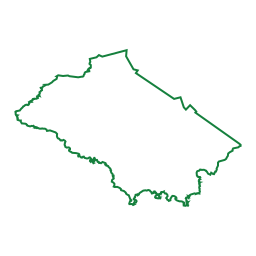 outline of Municipality A, Montevideo, Uruguay
{"feature_id": "84410073B77317438071438", "entity_name": "Municipality A", "entity_type": "district", "adm_level": 2, "iso_a3": "URY", "parent_name": "Uruguay", "parent_adm1": "Montevideo", "projection": "albers", "projection_center": [-56.335, -34.842], "detail": "fine", "context": "isolated", "style": "outline", "palette": "green", "viewbox_px": 256, "rotation_deg": 0, "n_neighbors": 0, "source": "geoboundaries", "source_scale": "gbopen_adm2", "svg_char_len": 5819}
<svg xmlns="http://www.w3.org/2000/svg" viewBox="0 0 256 256"><path d="M98.9,55.1L96.5,57.3L89.8,58.9L90.3,61.9L89.6,63.2L89.5,63.9L90.8,65.0L90.8,67.5L90.5,68.0L89.6,68.0L88.5,68.8L87.8,70.0L89.2,70.3L89.2,70.7L88.9,70.9L89.1,71.3L85.6,72.0L84.8,72.6L84.5,74.1L84.0,74.5L83.5,76.1L82.7,76.7L81.6,76.7L78.2,77.3L69.4,76.2L68.0,75.5L63.0,76.0L58.2,75.3L56.6,76.3L57.2,76.5L56.6,78.9L53.3,80.9L52.0,82.3L48.3,84.6L45.2,84.8L45.7,85.1L43.7,86.2L43.0,86.4L42.3,87.7L40.9,87.7L40.7,87.8L40.9,88.2L41.8,88.8L42.0,90.2L40.9,90.8L40.6,91.5L39.5,92.2L39.8,93.5L39.3,94.2L39.4,95.0L39.0,95.0L39.3,95.6L38.9,95.4L38.1,96.0L38.4,96.4L38.1,96.7L36.4,95.9L37.7,97.0L37.7,97.4L37.5,97.5L37.7,97.9L37.3,98.0L37.4,98.3L36.1,98.8L34.3,98.7L34.2,99.0L32.9,99.0L32.5,99.5L32.6,100.3L32.3,100.7L31.8,100.7L31.6,101.2L31.1,100.9L30.5,101.1L29.8,101.6L30.3,101.9L29.5,101.9L29.0,102.1L29.4,103.1L29.0,103.5L29.0,104.0L28.6,104.2L28.6,104.7L28.0,105.1L26.3,104.7L25.0,105.2L24.2,106.0L23.1,106.5L22.8,107.2L21.1,108.8L19.8,110.5L16.2,111.2L15.4,111.8L15.4,112.0L15.8,112.3L15.6,114.0L16.0,115.0L17.6,115.3L16.8,116.0L16.8,116.5L17.4,117.0L17.3,117.7L17.8,118.1L17.8,118.8L17.4,119.1L17.6,119.9L19.7,120.5L20.8,120.5L20.7,121.5L21.8,123.4L25.3,123.7L26.3,124.1L26.7,124.9L27.1,125.0L27.2,125.5L27.8,125.8L30.1,126.4L31.6,125.9L32.5,126.1L32.3,126.3L33.5,125.8L34.3,126.8L35.3,127.0L34.9,127.4L35.3,127.4L35.3,127.8L36.0,127.6L36.3,127.9L37.1,127.7L37.2,128.1L38.1,128.0L39.3,128.6L41.2,128.7L42.1,128.4L43.0,128.7L45.0,128.7L46.5,129.6L47.0,130.9L50.0,130.4L55.6,132.4L57.1,133.9L56.9,136.0L57.3,137.4L57.9,138.3L59.2,138.8L60.5,140.4L61.2,140.2L62.0,140.6L63.5,139.9L65.0,140.8L65.5,141.6L64.8,143.1L64.9,143.7L64.6,144.4L64.8,145.4L65.1,145.7L65.3,146.8L66.6,147.6L68.8,147.4L70.0,148.4L70.0,149.3L69.0,150.1L69.1,150.8L70.4,151.7L71.3,152.0L72.2,152.8L76.1,153.1L78.8,153.8L79.3,154.4L79.2,155.0L78.6,155.3L78.1,155.9L78.4,156.5L79.9,156.3L80.6,156.7L81.0,157.4L81.7,157.6L82.4,157.5L82.8,156.8L83.8,156.6L84.7,157.9L87.0,158.5L88.4,158.2L89.4,157.4L90.1,157.5L91.4,159.2L90.8,159.3L90.1,160.1L90.0,160.7L90.3,160.8L90.1,161.2L90.7,161.8L91.3,160.9L91.9,160.8L93.4,163.2L93.8,163.0L93.3,162.7L92.0,160.8L92.7,160.5L93.0,161.2L93.3,161.1L93.1,160.0L93.4,160.0L93.7,161.0L94.0,161.0L93.5,159.2L94.2,157.9L94.5,157.9L95.0,159.1L95.6,159.6L95.3,159.8L96.0,160.2L97.0,160.0L97.7,161.9L98.6,161.9L99.4,162.5L99.0,162.6L99.1,163.0L100.3,162.9L101.0,163.2L102.5,162.0L105.5,163.1L105.7,163.5L105.2,164.6L105.8,165.0L106.1,164.6L106.4,164.7L106.4,165.6L108.2,166.1L108.4,166.8L110.1,168.4L110.6,169.2L110.5,169.7L110.7,169.9L110.5,170.2L111.0,170.7L110.8,171.0L111.3,172.7L112.5,173.9L112.7,175.2L113.6,175.5L113.6,176.7L113.0,176.7L113.7,178.6L112.3,179.7L112.0,180.3L111.8,181.7L113.3,182.5L114.4,183.7L114.4,185.2L113.7,186.6L114.6,187.0L117.3,186.9L119.8,188.0L120.9,189.0L120.8,189.5L121.1,190.2L123.9,191.0L125.8,192.6L126.0,193.6L127.4,194.7L128.8,195.3L130.4,199.6L130.9,199.7L131.3,200.4L131.2,200.8L130.5,200.8L130.0,201.2L129.2,203.7L129.4,204.1L132.0,204.0L133.1,205.0L134.1,204.5L133.8,204.4L133.9,203.0L134.4,202.2L134.6,202.6L135.6,202.7L135.9,202.6L136.6,201.1L136.0,200.2L133.7,199.4L133.8,198.6L135.0,197.5L134.8,196.9L135.5,195.7L135.6,194.8L137.0,194.5L137.2,194.8L137.4,194.6L137.7,195.3L138.9,194.5L139.1,193.6L139.9,192.8L143.3,190.6L145.5,190.3L146.8,190.6L148.2,190.0L149.7,190.4L150.5,191.5L151.6,192.2L151.6,193.0L151.9,193.5L153.6,193.0L153.7,192.1L154.2,191.4L154.9,191.5L155.2,192.2L155.9,192.6L155.8,193.3L156.7,193.6L157.3,194.3L157.2,195.0L156.0,195.5L155.9,195.9L155.3,196.3L155.1,197.3L155.6,197.9L158.2,198.4L159.4,198.2L160.2,198.4L160.4,198.1L160.3,197.8L159.7,197.4L160.0,197.2L159.6,197.1L158.8,195.9L159.1,195.2L158.7,194.2L160.7,193.6L160.9,193.9L161.2,193.3L161.0,192.3L161.5,192.0L162.5,192.1L163.2,191.8L163.1,192.0L164.3,192.3L164.7,193.1L165.2,193.6L166.2,193.5L167.3,194.7L167.6,196.2L166.3,197.9L165.5,197.4L166.6,198.3L167.4,199.8L168.2,200.0L168.8,200.9L170.4,200.3L170.4,198.9L171.9,196.4L172.5,195.9L173.9,196.0L175.6,196.8L176.2,197.5L176.4,197.9L175.6,198.2L175.3,198.6L175.5,199.4L176.9,200.4L179.4,201.3L181.6,201.4L182.8,201.8L183.6,202.7L184.1,202.7L184.4,203.7L183.6,204.0L183.7,205.5L185.5,205.8L186.8,205.2L187.9,205.7L188.0,205.5L186.9,205.1L186.9,204.9L187.4,205.0L187.7,204.4L188.6,204.1L187.9,204.2L187.7,203.6L188.1,203.5L187.4,203.4L187.3,202.7L187.7,202.6L188.0,202.2L186.8,202.6L186.6,201.9L187.3,202.0L186.8,201.8L187.1,201.4L186.3,200.0L186.2,198.7L185.8,198.4L186.1,197.7L187.9,197.5L187.7,197.3L188.3,197.8L188.3,197.5L188.7,197.5L188.5,197.2L189.1,197.3L189.2,197.0L188.9,196.9L189.1,196.6L188.9,196.6L189.2,196.4L188.7,195.9L189.4,196.0L190.0,195.0L190.9,194.5L194.5,193.4L195.3,193.7L196.7,193.4L196.5,193.8L198.8,193.1L199.2,193.6L199.4,193.6L199.3,193.1L199.9,191.4L199.5,190.3L199.7,188.7L199.2,187.9L199.4,186.5L200.0,186.1L199.8,185.4L199.4,184.9L199.2,183.7L199.6,183.6L199.2,182.9L199.2,182.5L199.7,182.3L199.1,182.2L198.9,181.5L199.1,181.5L199.1,179.7L199.6,179.5L199.4,179.4L199.9,178.4L200.4,178.2L200.2,178.2L200.4,177.7L200.0,177.0L198.2,177.0L197.5,176.5L197.4,175.9L196.9,175.6L196.6,172.8L197.0,171.7L197.4,171.1L199.1,170.7L200.0,169.6L200.8,169.6L201.1,169.9L204.0,169.8L206.1,170.7L206.1,171.1L206.9,171.7L208.1,173.7L210.3,174.7L211.2,172.7L213.1,174.0L213.4,173.7L214.1,174.0L215.2,171.6L215.9,171.6L216.8,169.5L216.6,168.6L218.0,165.6L218.0,162.6L218.9,161.5L224.7,159.9L226.2,158.8L226.8,157.4L227.8,156.0L228.2,153.5L229.8,152.2L232.6,150.7L232.6,149.4L233.2,148.4L238.4,147.3L239.4,146.3L240.6,145.9L240.6,144.8L239.2,143.6L195.4,112.6L196.3,111.6L195.2,110.2L190.1,105.2L185.9,109.6L183.8,107.3L180.5,97.3L174.1,98.9L135.9,73.1L137.7,70.4L133.5,69.3L126.1,56.3L126.6,50.2L102.3,56.6L98.9,55.1Z" fill="none" stroke="#15803d" stroke-width="2"/></svg>